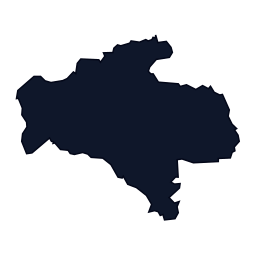 Kochani, Kočani, North Macedonia (orthographic projection), rotated 269°
{"feature_id": "65306769B7034673009325", "entity_name": "Kochani", "entity_type": "district", "adm_level": 2, "iso_a3": "MKD", "parent_name": "North Macedonia", "parent_adm1": "Kočani", "projection": "orthographic", "projection_center": [22.415, 41.994], "detail": "fine", "context": "isolated", "style": "filled", "palette": "ink", "viewbox_px": 256, "rotation_deg": 269, "n_neighbors": 0, "source": "geoboundaries", "source_scale": "gbopen_adm2", "svg_char_len": 1484}
<svg xmlns="http://www.w3.org/2000/svg" viewBox="0 0 256 256"><g transform="rotate(269 128 128)"><path d="M220.5,157.3L217.6,156.9L218.2,154.6L216.0,153.5L214.7,149.7L216.1,147.3L213.6,141.0L215.0,132.6L212.8,131.2L210.3,122.2L211.3,119.0L208.1,115.3L203.7,114.2L203.6,104.8L200.2,106.1L194.2,101.6L196.7,100.0L197.8,82.0L193.5,78.4L183.3,76.7L185.0,74.4L178.5,68.1L176.5,63.6L174.8,51.8L176.6,45.9L181.1,41.5L181.2,34.9L167.4,18.5L159.3,17.0L159.6,18.9L149.8,22.7L143.0,22.1L135.7,26.7L130.8,27.0L124.1,22.5L116.5,21.5L104.1,26.2L104.8,31.6L119.4,49.4L116.0,51.2L115.5,53.3L113.9,52.8L114.3,54.6L107.7,60.1L106.8,67.7L103.5,69.8L102.5,73.9L104.3,82.2L102.6,87.4L99.3,90.6L98.3,102.3L91.7,110.3L79.0,117.2L78.1,121.3L79.9,122.4L71.7,126.8L68.3,135.4L60.3,145.2L51.3,150.3L43.6,147.3L44.9,153.1L43.8,156.7L40.0,158.7L40.9,161.4L35.5,162.9L36.5,173.4L42.4,176.8L48.4,175.7L53.6,177.9L52.1,173.1L57.7,167.8L67.1,178.4L71.5,179.1L71.1,173.5L73.2,169.8L78.2,174.7L78.0,177.3L95.5,176.6L96.1,181.5L92.1,192.8L92.9,217.7L96.0,217.8L96.3,229.8L101.9,231.7L103.3,234.5L107.1,233.9L112.7,239.0L118.9,237.9L124.3,234.4L125.5,236.6L130.0,232.1L138.0,228.3L144.3,229.6L159.9,223.0L159.4,220.3L162.2,214.8L168.3,211.2L165.9,209.1L169.1,203.3L165.3,196.5L170.2,187.2L168.6,180.9L171.3,179.1L173.3,159.2L181.7,154.1L181.7,151.7L184.4,149.3L188.7,150.8L196.1,157.5L197.9,170.6L202.8,173.7L207.9,172.4L213.9,167.8L212.9,159.3L220.5,157.3Z" fill="#0f172a" stroke="#020617" stroke-width="1.5"/></g></svg>